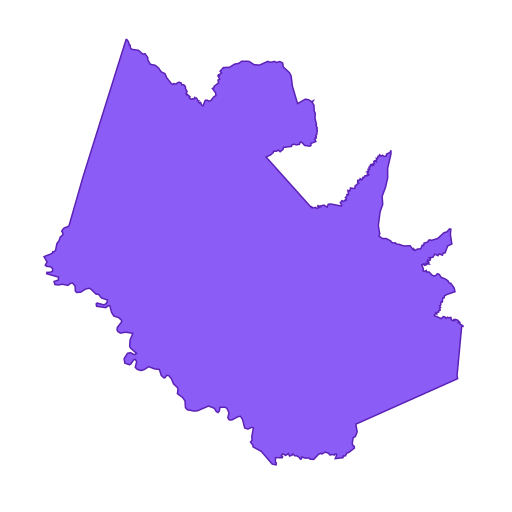 Mambwe, Eastern, Zambia (orthographic projection), rotated 274°
{"feature_id": "96606910B40356469041881", "entity_name": "Mambwe", "entity_type": "district", "adm_level": 2, "iso_a3": "ZMB", "parent_name": "Zambia", "parent_adm1": "Eastern", "projection": "orthographic", "projection_center": [32.063, -13.357], "detail": "fine", "context": "isolated", "style": "filled", "palette": "violet", "viewbox_px": 512, "rotation_deg": 274, "n_neighbors": 0, "source": "geoboundaries", "source_scale": "gbopen_adm2", "svg_char_len": 6054}
<svg xmlns="http://www.w3.org/2000/svg" viewBox="0 0 512 512"><g transform="rotate(274 256 256)"><path d="M462.9,111.3L322.8,77.9L273.8,67.5L272.4,66.7L270.6,62.7L268.3,60.9L266.9,60.5L266.2,61.4L263.7,61.9L261.4,59.5L257.4,58.4L254.5,56.5L247.9,55.7L246.0,54.2L246.1,52.9L244.4,52.6L240.6,44.6L235.4,48.0L232.1,46.4L231.1,47.8L230.9,51.9L229.3,54.0L226.6,54.0L225.5,52.1L225.1,48.6L223.7,48.4L221.1,60.6L218.1,60.3L216.5,56.3L213.5,57.4L213.3,60.7L214.3,64.8L213.6,70.4L216.1,73.4L216.2,74.9L213.5,77.6L208.5,78.2L207.1,79.7L207.7,83.7L211.1,88.2L212.2,91.7L211.6,93.4L206.8,99.1L206.8,101.5L203.3,104.9L201.8,110.9L199.4,110.6L197.5,109.3L196.7,107.4L198.0,100.8L197.1,99.9L194.7,100.5L194.0,109.8L196.0,111.9L196.2,113.6L189.6,115.9L186.2,118.3L185.0,123.2L182.5,126.4L180.6,126.4L175.2,122.7L172.5,122.5L170.9,123.6L169.6,126.2L170.9,131.2L170.3,138.5L163.2,136.2L156.9,136.3L155.1,137.6L150.6,143.6L149.1,141.7L150.8,137.5L150.0,134.6L144.4,131.6L140.0,132.6L138.7,137.3L139.7,138.8L143.8,141.1L144.4,142.9L142.3,144.3L136.5,143.3L134.6,145.5L133.7,149.2L134.7,152.1L138.1,156.7L136.3,162.7L136.1,167.5L130.3,169.8L127.9,172.8L128.4,173.9L130.7,175.2L130.6,177.3L127.6,180.2L122.7,182.6L119.4,186.7L117.8,187.5L113.2,187.2L109.6,192.8L106.4,195.3L99.8,196.2L97.8,198.3L97.0,204.9L97.5,208.4L103.0,219.1L101.2,225.0L98.0,227.3L97.2,229.0L98.7,230.2L102.5,230.6L103.0,235.7L102.0,237.6L97.7,240.0L92.8,239.2L91.2,240.1L90.5,241.6L90.9,243.6L94.5,249.4L95.0,251.7L91.9,254.0L83.7,256.7L82.8,260.0L84.8,263.7L84.3,265.4L75.8,264.4L71.9,264.9L70.0,263.5L67.0,266.1L65.4,266.4L61.4,275.0L49.6,286.6L49.0,290.6L50.9,290.7L52.2,289.6L56.2,289.6L56.6,296.3L57.7,296.5L58.4,295.1L60.5,296.5L59.1,299.5L61.2,302.1L58.8,303.4L59.7,305.7L61.1,306.5L59.4,308.6L59.5,310.7L58.3,313.0L56.5,314.4L56.6,315.3L58.8,316.1L57.8,318.6L58.2,323.1L57.1,324.1L57.1,327.8L62.4,332.1L63.6,334.0L63.1,335.6L65.1,338.4L64.5,341.7L62.6,343.8L63.3,345.8L62.9,348.0L64.1,348.9L64.0,349.9L63.0,350.3L59.4,349.2L60.9,356.9L62.5,356.7L62.9,359.2L65.7,360.2L66.5,362.3L71.3,367.6L73.2,367.1L73.9,365.6L76.3,365.1L81.5,365.6L82.9,367.7L87.6,369.2L95.2,367.3L147.7,465.7L150.7,464.9L200.6,466.1L200.3,467.4L200.8,467.3L202.3,464.3L203.7,464.1L203.6,462.3L204.7,463.2L206.0,461.7L206.7,459.1L205.4,458.5L206.2,457.8L205.3,457.3L205.8,455.5L208.4,454.6L207.7,452.5L208.3,451.4L207.0,449.8L208.4,448.7L208.6,447.1L206.5,445.1L209.0,438.0L211.7,439.2L210.7,440.4L212.4,440.5L212.8,442.1L214.1,442.1L214.9,443.5L217.0,442.8L217.5,443.7L219.0,442.6L219.9,443.7L222.9,443.7L223.1,445.1L227.1,445.2L227.5,446.7L229.3,446.7L230.7,448.7L234.3,457.0L238.1,455.8L242.3,452.3L242.8,450.3L244.6,449.3L246.2,446.6L247.7,442.1L250.4,440.1L251.0,438.2L249.1,436.8L248.5,435.0L249.3,432.8L252.1,429.8L252.0,427.2L253.4,426.8L252.4,425.1L252.9,423.7L254.7,423.9L258.8,422.0L259.9,424.1L258.5,424.5L258.5,425.2L259.5,426.9L260.3,426.3L260.1,429.2L261.5,427.8L261.7,428.8L262.8,428.3L262.8,427.4L263.8,427.4L263.8,429.8L265.3,430.3L266.3,428.9L267.1,432.6L270.3,434.2L269.0,437.5L270.9,438.5L269.8,442.0L271.9,442.4L272.3,444.4L279.4,446.5L281.6,450.5L291.2,448.4L296.4,448.5L296.5,447.1L293.3,444.7L292.4,441.9L286.2,436.1L283.7,429.6L284.3,428.6L283.8,427.1L281.8,426.3L280.6,422.7L278.9,422.7L278.0,421.9L278.4,421.1L274.7,419.8L274.2,416.5L272.6,414.4L273.8,413.2L273.1,413.3L273.2,412.3L277.0,409.0L276.3,402.8L277.6,398.1L277.6,395.5L278.8,394.2L278.7,390.9L280.6,389.1L282.5,384.7L282.2,381.0L284.5,377.2L286.7,377.9L294.9,375.9L308.6,376.7L316.3,378.8L324.4,377.7L333.6,380.4L343.1,381.9L352.7,381.2L367.1,383.5L370.8,383.3L368.6,382.4L366.8,379.1L364.7,379.0L364.3,376.6L365.3,375.3L364.4,373.6L365.6,372.3L364.1,371.6L364.0,370.8L362.1,370.5L361.9,369.3L361.2,369.9L359.9,369.1L358.6,369.5L359.3,367.6L358.3,366.9L356.3,367.6L355.9,366.0L354.9,366.8L354.2,365.7L355.3,364.3L354.3,363.5L353.2,363.9L352.4,362.5L350.3,363.2L350.3,361.8L348.5,362.0L347.7,360.9L347.5,362.2L345.5,361.2L344.9,362.9L343.8,361.6L343.7,359.1L341.6,358.2L342.0,357.3L339.4,356.3L340.4,354.5L338.9,354.2L338.6,352.2L336.6,352.3L336.0,353.3L332.7,349.9L330.8,350.1L330.1,348.4L330.5,345.5L327.4,345.1L327.8,343.0L323.7,344.1L323.6,342.4L322.7,342.9L320.5,341.1L319.5,342.1L318.0,342.1L318.2,341.1L316.5,339.7L317.3,338.0L315.0,336.4L313.0,337.9L311.8,337.8L313.1,326.7L312.7,324.5L309.7,323.5L311.5,320.3L310.0,315.4L310.6,314.4L309.9,314.1L309.2,316.3L307.7,313.5L308.6,312.1L307.9,309.4L309.0,308.1L308.3,307.7L355.4,259.2L357.9,263.5L360.4,266.0L361.8,266.3L362.0,269.2L363.2,271.0L361.7,272.8L364.2,275.5L366.2,275.7L367.8,283.7L369.3,284.0L370.2,286.1L369.7,288.4L370.4,291.5L372.8,292.3L372.6,293.7L369.7,296.8L369.3,301.9L370.0,303.1L372.1,302.9L374.4,307.7L376.5,306.5L377.9,307.8L378.5,307.1L379.2,307.8L380.3,307.1L381.3,308.1L385.9,308.4L387.1,307.6L387.9,308.2L390.6,306.7L391.3,307.2L397.7,305.2L402.3,305.2L404.8,303.9L410.4,303.3L413.2,301.3L414.7,302.1L413.8,300.6L415.5,297.7L415.9,294.3L410.9,286.8L428.2,280.4L438.1,278.5L441.2,276.6L446.5,270.0L450.3,269.2L451.2,267.5L451.6,265.8L450.4,263.0L451.4,261.1L450.2,256.7L451.0,254.2L446.7,246.2L446.7,240.9L449.7,235.3L449.3,228.2L447.0,225.4L445.9,221.2L442.4,216.4L441.7,210.3L437.8,207.3L436.3,208.9L434.8,207.1L433.5,206.8L434.1,206.0L433.1,205.4L429.9,207.5L428.8,205.8L426.1,206.6L422.3,202.4L420.6,202.1L420.1,200.8L415.8,204.4L413.1,204.8L412.1,203.0L407.7,199.9L407.2,198.1L408.0,196.5L407.8,194.5L402.1,192.7L402.7,191.3L405.3,190.0L404.6,189.2L405.6,187.8L406.7,188.2L406.7,187.4L409.4,185.6L409.1,184.5L409.8,183.9L408.5,183.4L408.6,182.1L407.8,181.2L408.6,178.8L409.7,178.4L410.2,179.0L412.5,176.2L411.9,175.7L413.4,174.8L415.3,175.8L417.8,174.1L420.2,173.7L421.7,172.1L421.6,170.1L423.4,169.3L424.0,167.3L423.4,165.6L421.9,164.3L422.3,162.1L421.3,161.1L422.4,159.2L427.5,154.6L431.6,152.4L433.1,148.6L436.6,145.8L439.2,142.2L439.9,137.2L444.2,134.4L446.5,134.1L450.0,131.2L449.6,128.8L453.0,124.4L453.5,117.8L454.5,116.3L457.5,115.8L457.6,114.9L460.7,113.9L463.0,112.0L462.9,111.3Z" fill="#8b5cf6" stroke="#5b21b6" stroke-width="1.5"/></g></svg>